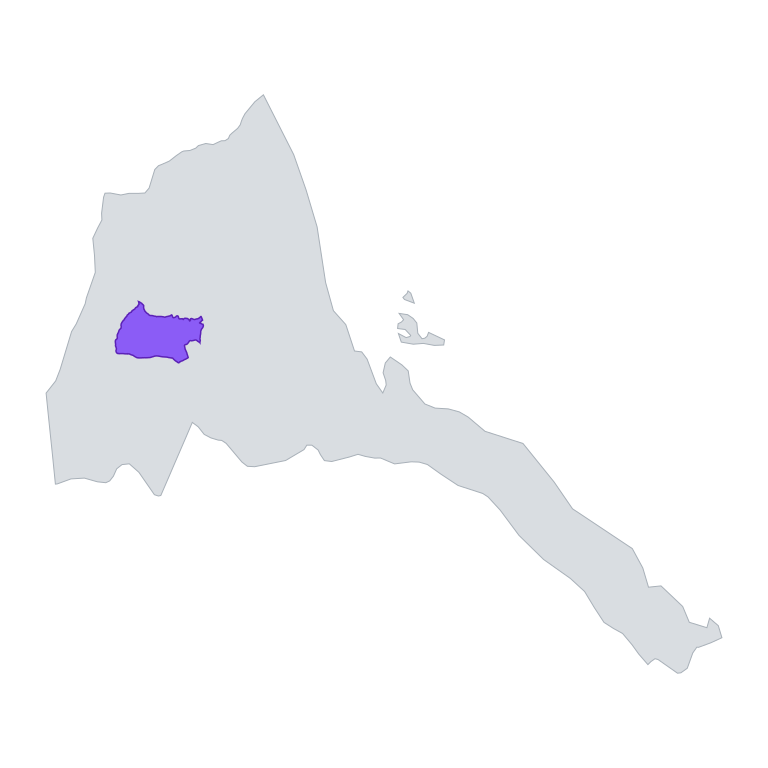 Dige, Gash Barka, Eritrea (highlighted)
{"feature_id": "51966322B2269469169299", "entity_name": "Dige", "entity_type": "district", "adm_level": 2, "iso_a3": "ERI", "parent_name": "Eritrea", "parent_adm1": "Gash Barka", "projection": "orthographic", "projection_center": [37.574, 15.721], "detail": "fine", "context": "in_parent", "style": "filled", "palette": "violet", "viewbox_px": 768, "rotation_deg": 0, "n_neighbors": 0, "source": "geoboundaries", "source_scale": "gbopen_adm2", "svg_char_len": 8239}
<svg xmlns="http://www.w3.org/2000/svg" viewBox="0 0 768 768"><path d="M55.4,484.1L52.4,454.2L50.3,434.2L48.1,413.0L46.1,393.1L55.7,380.9L60.2,369.3L71.6,331.5L76.2,324.0L85.2,303.7L86.4,297.9L95.3,272.4L94.5,255.4L92.8,238.3L97.6,228.1L101.9,220.0L101.6,213.2L103.6,197.2L105.0,193.2L110.2,193.0L120.9,195.0L128.8,193.4L137.9,193.4L144.9,193.0L149.1,188.1L154.8,169.5L158.5,165.7L161.3,164.6L169.3,161.1L176.2,155.7L181.8,151.8L183.8,151.0L189.8,150.5L195.7,148.2L198.4,145.6L205.8,143.5L213.1,144.6L218.0,142.3L221.3,140.8L225.0,140.7L228.4,138.5L229.8,135.2L232.0,133.1L237.7,128.3L240.3,124.7L241.4,121.2L242.5,118.4L245.0,113.7L254.9,101.7L263.4,94.8L293.7,154.6L306.1,190.0L317.1,226.9L325.6,282.5L333.4,310.7L345.8,324.6L354.5,351.0L361.7,351.9L367.1,359.1L376.3,383.8L382.8,393.0L386.2,385.0L385.7,380.5L383.1,372.8L385.3,363.0L390.3,357.0L401.9,364.9L408.2,370.9L410.0,383.1L412.7,389.8L424.9,404.0L435.1,408.1L448.3,408.9L459.3,411.9L468.2,417.1L485.0,431.3L523.0,443.5L554.1,482.0L572.5,508.8L632.3,548.6L642.8,568.0L648.5,587.2L661.0,585.9L682.7,606.5L689.3,622.3L706.9,627.7L709.6,618.2L718.3,625.7L721.9,637.7L710.8,642.8L698.6,647.3L696.8,647.2L692.8,652.9L687.3,668.2L680.9,672.8L677.5,673.2L658.0,659.5L655.0,658.7L650.9,661.6L647.9,664.6L638.7,654.0L632.0,644.7L622.6,633.5L613.7,628.6L604.0,622.4L594.4,607.7L584.6,591.5L570.3,578.4L543.6,559.5L519.0,535.4L500.1,510.0L488.0,496.9L482.8,493.5L458.1,485.5L440.7,474.0L427.4,464.5L419.2,462.1L411.3,461.8L394.6,463.9L380.5,458.0L374.7,458.1L365.3,456.4L358.0,454.3L349.4,457.0L331.7,461.5L324.4,460.6L320.4,454.6L318.1,450.0L311.9,445.2L306.8,445.2L304.0,449.6L285.6,460.5L254.7,466.7L247.4,466.3L241.9,462.0L226.2,443.4L221.7,440.4L218.2,440.1L210.9,437.9L204.2,434.4L198.2,426.8L192.3,422.4L185.9,437.4L174.6,463.5L168.6,477.5L160.8,495.5L158.4,496.0L154.4,494.7L138.9,472.3L129.3,463.8L122.0,464.6L116.7,468.8L113.4,476.2L109.7,480.9L105.8,482.7L97.4,481.8L84.4,478.1L71.0,478.9L57.3,483.9L55.4,484.1ZM417.8,333.3L422.0,338.7L424.8,338.2L427.1,336.3L428.6,332.4L444.5,339.9L443.7,345.0L434.3,345.4L423.4,343.4L413.3,344.2L401.3,342.1L398.4,333.5L406.1,337.6L410.0,336.5L410.7,335.4L405.2,329.5L397.6,328.5L398.1,323.8L401.5,322.0L403.6,319.7L399.1,313.4L407.7,314.7L413.2,318.5L416.8,323.0L417.8,333.3ZM410.8,293.2L414.3,303.2L404.5,299.5L402.9,297.4L407.1,293.4L408.0,290.9L410.8,293.2Z" fill="#d9dde1" stroke="#a8b0b8" stroke-width="1"/><path d="M199.9,342.7L199.9,342.1L200.0,341.8L200.2,340.9L200.3,340.4L200.2,339.9L199.9,339.0L199.9,338.8L200.0,338.2L200.2,337.2L200.2,336.1L200.4,334.9L200.6,334.1L200.6,333.8L200.7,332.9L200.7,331.7L200.8,331.0L201.1,330.2L201.3,329.8L201.5,329.2L202.6,327.8L202.9,327.3L203.1,326.7L203.4,325.8L203.2,325.1L203.1,324.6L203.0,324.3L202.6,324.3L202.4,324.2L200.4,323.3L200.1,323.3L199.7,323.0L199.6,322.9L199.7,322.7L200.1,322.3L200.4,322.1L200.5,322.0L201.0,321.8L201.2,321.3L201.4,321.0L201.6,320.9L202.0,320.5L202.5,320.3L202.6,320.1L202.4,319.7L201.8,318.1L201.6,317.7L201.4,317.3L201.3,316.9L201.0,316.5L200.9,316.5L200.7,316.6L200.1,317.2L199.6,317.7L199.3,317.8L199.1,318.0L198.9,318.2L198.2,318.5L197.8,318.8L197.6,318.8L196.9,318.9L196.3,319.0L196.1,319.0L195.3,319.4L195.1,319.4L194.7,319.5L194.2,319.5L193.8,319.4L193.5,319.3L191.9,318.6L191.4,318.5L190.8,318.7L190.6,318.8L190.4,319.1L190.4,319.4L190.5,320.0L190.3,320.3L190.1,320.5L190.0,320.8L189.8,320.9L189.6,320.9L189.5,320.7L189.4,320.4L189.0,319.8L188.8,319.5L188.6,319.3L187.4,318.5L186.9,318.5L186.1,318.3L185.1,318.3L184.7,318.3L184.4,318.4L183.8,318.8L183.3,319.5L183.2,319.5L182.6,318.9L182.3,318.7L181.9,318.7L180.9,318.9L180.3,318.8L179.8,318.9L179.2,318.8L179.0,318.6L178.9,318.3L178.5,317.4L178.4,316.8L178.2,316.3L177.9,316.1L177.7,315.9L177.2,315.9L176.9,315.9L176.4,316.1L176.2,316.3L175.8,316.8L175.3,317.2L175.1,317.3L174.5,317.5L174.2,317.5L173.7,317.7L173.2,317.6L172.7,317.1L172.5,316.6L172.3,315.9L171.9,315.1L171.7,314.9L171.0,315.2L170.3,315.7L169.9,315.9L168.5,316.2L167.8,316.4L167.1,316.5L166.7,316.6L166.2,316.7L165.8,316.9L165.7,316.9L164.9,317.3L163.8,316.9L162.5,316.7L162.2,316.6L161.0,316.5L160.5,316.5L159.9,316.5L159.5,316.5L158.5,316.5L158.1,316.5L157.5,316.5L156.8,316.6L156.5,316.7L156.4,316.6L156.2,316.5L155.8,316.3L154.7,316.2L153.9,316.0L153.4,315.9L153.0,315.8L152.7,315.6L152.1,315.6L151.9,315.6L151.3,315.5L150.6,315.5L150.1,315.5L149.5,315.3L149.2,315.1L148.7,314.5L147.7,313.6L147.2,313.4L146.4,312.8L145.8,312.1L145.6,311.8L144.9,311.2L144.7,310.8L144.7,310.5L144.5,310.1L144.3,309.8L144.0,309.4L144.0,309.2L143.9,309.1L143.8,308.4L143.7,308.1L143.6,307.5L143.7,305.8L143.7,305.6L143.5,305.2L143.1,304.8L142.8,304.5L142.4,304.2L142.0,303.7L141.8,303.4L141.5,303.2L140.9,302.9L139.9,302.2L139.7,302.1L139.2,301.8L138.6,301.6L138.7,301.8L138.7,302.0L138.9,302.1L138.9,302.4L138.9,302.6L138.8,302.8L138.8,303.1L138.8,303.3L139.1,303.8L139.1,304.0L138.9,304.4L138.8,304.5L138.5,304.9L138.3,305.0L138.0,305.4L138.0,305.5L138.0,305.8L137.8,306.3L137.7,306.5L137.4,306.4L137.1,306.7L137.0,306.9L136.7,307.3L136.1,307.4L135.6,307.7L134.7,309.1L134.4,309.2L134.2,309.5L133.3,309.8L132.9,310.3L132.7,310.5L132.2,310.6L132.0,310.8L131.8,311.4L131.5,311.7L131.3,312.1L131.2,312.1L130.9,312.3L130.6,312.4L129.7,312.9L129.5,313.1L129.4,313.2L129.0,313.2L128.9,313.3L128.7,313.6L128.5,314.2L128.4,314.3L127.5,314.8L127.3,315.0L127.0,315.7L126.8,316.0L126.8,316.3L126.7,316.4L126.4,316.6L126.2,316.7L126.0,316.9L125.8,317.4L125.5,317.6L125.3,317.8L124.6,318.7L124.5,319.2L124.3,319.3L124.3,319.5L124.1,319.9L123.3,320.4L123.0,321.0L122.8,321.1L122.7,321.3L122.4,321.8L122.1,322.1L121.6,323.1L121.4,323.4L121.2,323.9L121.1,324.5L121.0,325.2L121.0,325.5L121.2,326.0L121.2,326.8L121.1,327.4L121.0,328.1L120.8,328.4L120.4,328.8L119.6,329.5L119.2,330.1L119.1,330.3L118.9,330.8L118.6,331.8L118.3,332.7L117.7,333.6L117.6,334.2L117.4,334.5L117.2,334.9L117.2,336.9L117.3,337.5L117.3,338.0L117.2,338.2L117.2,338.4L117.0,338.7L116.5,339.4L116.1,339.5L115.9,339.7L115.8,339.8L115.7,339.9L115.6,340.1L115.4,340.7L115.3,341.1L115.4,342.9L115.5,343.3L115.5,343.7L115.6,344.1L115.6,344.9L115.5,345.5L115.5,346.0L115.9,346.7L115.9,346.9L116.0,347.2L116.1,347.5L116.4,348.5L116.4,348.9L116.4,349.2L116.2,349.9L116.0,350.4L116.0,351.1L116.1,351.7L116.4,352.4L117.0,353.1L117.2,353.3L117.7,353.5L118.2,353.6L118.7,353.5L119.2,353.7L119.9,353.6L120.3,353.6L121.0,353.6L121.3,353.6L122.0,353.6L123.2,353.6L124.0,353.7L124.2,353.8L125.2,353.8L125.8,353.9L126.5,353.8L127.3,354.0L127.6,353.8L127.7,353.7L127.8,353.7L127.9,353.8L128.3,353.8L128.7,353.9L129.2,354.0L129.4,353.9L129.8,354.1L130.3,354.4L130.9,354.7L131.3,354.8L132.2,355.1L133.2,355.4L133.4,355.5L134.3,356.3L134.8,356.5L135.2,356.8L135.7,357.0L136.0,357.2L136.5,357.5L137.1,357.7L137.3,357.8L137.9,357.7L138.1,357.8L138.3,357.9L138.5,357.8L139.2,357.9L139.9,357.9L140.4,357.9L141.2,357.8L141.8,357.9L142.7,357.7L142.9,357.8L144.9,357.7L145.8,357.8L146.7,357.7L147.2,357.7L147.5,357.7L148.6,357.6L149.0,357.6L149.5,357.6L150.2,357.5L150.6,357.4L151.2,357.2L152.5,356.8L152.9,356.7L153.4,356.6L153.8,356.4L154.8,356.1L155.7,356.0L156.6,355.9L156.8,355.9L157.2,356.0L157.9,356.0L158.4,356.1L158.7,356.1L159.7,356.3L160.5,356.5L162.4,356.8L166.8,357.1L167.4,357.2L168.4,357.5L168.9,357.6L169.1,357.6L170.4,357.8L170.5,357.8L171.4,358.0L171.5,357.9L171.9,358.0L172.6,358.1L172.9,358.3L173.3,358.9L173.5,359.1L175.4,360.8L176.1,361.2L176.2,361.4L176.6,361.6L176.9,361.7L177.2,362.0L177.4,362.1L177.7,362.4L178.2,362.7L178.5,362.7L178.6,362.8L178.9,362.8L179.2,362.4L179.4,362.2L179.6,361.9L180.5,361.7L180.8,361.3L181.3,361.1L182.2,360.9L183.4,360.3L184.4,359.6L185.6,359.2L186.0,359.0L186.5,358.6L187.4,358.2L188.0,357.8L188.2,357.5L187.6,355.6L187.5,355.2L187.1,354.2L186.9,353.2L186.7,352.6L186.6,352.3L186.3,351.7L185.3,349.4L185.1,349.1L185.0,348.3L184.7,346.8L184.5,345.9L184.5,345.4L184.7,345.1L184.9,344.9L185.7,344.5L185.9,344.5L186.2,344.5L186.7,344.3L187.2,344.0L188.4,342.6L188.8,342.0L188.9,341.8L189.5,340.9L190.0,340.7L190.3,340.6L190.6,340.6L191.2,340.8L191.6,340.8L193.4,340.5L193.7,340.4L195.1,340.0L195.8,340.0L196.1,340.1L196.6,340.3L197.3,340.9L197.8,341.3L198.2,341.5L198.5,341.8L199.4,342.2L199.6,342.3L199.9,342.7Z" fill="#8b5cf6" stroke="#5b21b6" stroke-width="1.5"/></svg>